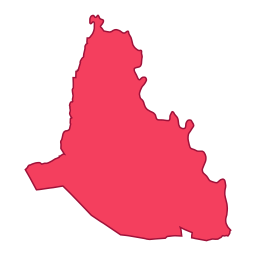 the district of Cu Chi, Hồ Chí Minh city, Vietnam
{"feature_id": "81297802B99873561685500", "entity_name": "Cu Chi", "entity_type": "district", "adm_level": 2, "iso_a3": "VNM", "parent_name": "Vietnam", "parent_adm1": "Hồ Chí Minh city", "projection": "equal_earth", "projection_center": [106.516, 11.037], "detail": "fine", "context": "isolated", "style": "filled", "palette": "rose", "viewbox_px": 256, "rotation_deg": 0, "n_neighbors": 0, "source": "geoboundaries", "source_scale": "gbopen_adm2", "svg_char_len": 5743}
<svg xmlns="http://www.w3.org/2000/svg" viewBox="0 0 256 256"><path d="M128.4,31.6L128.2,31.3L127.7,31.2L127.2,31.3L126.4,31.8L125.4,32.6L124.6,33.0L124.3,33.1L123.9,33.1L122.5,32.7L120.0,30.9L118.9,30.4L117.4,29.9L116.5,29.7L115.7,29.7L114.9,29.8L114.5,29.9L113.1,30.5L111.6,31.5L110.7,31.8L110.0,32.0L109.3,32.0L106.8,31.6L104.3,31.1L103.9,31.0L103.6,30.6L103.1,30.0L102.0,28.4L101.7,28.0L100.7,27.1L100.5,26.7L100.5,26.4L100.6,26.0L100.9,25.6L101.8,24.5L102.4,23.7L103.2,22.2L103.4,21.6L103.4,21.2L103.4,20.8L103.4,20.4L103.2,20.1L102.8,19.8L100.8,19.1L100.4,18.9L100.1,18.7L99.8,18.4L99.5,17.8L99.0,16.7L98.4,15.7L98.2,15.4L97.9,15.4L97.5,15.5L96.7,16.7L96.3,17.1L95.7,17.3L95.2,17.3L94.7,17.0L93.8,15.7L93.4,15.5L93.0,15.5L92.6,15.5L91.8,15.8L91.1,16.3L90.6,17.0L90.3,17.7L90.0,18.5L89.9,19.5L89.9,22.1L89.9,22.8L90.2,23.4L90.5,23.6L90.8,23.7L91.0,23.6L91.3,23.5L92.6,22.1L93.0,21.8L93.3,21.8L93.9,22.1L94.1,22.4L94.3,22.8L94.4,23.9L94.3,25.9L94.3,28.1L94.2,29.0L93.8,30.7L93.3,32.1L92.7,33.5L92.0,34.6L91.2,35.6L89.9,37.3L89.2,37.8L88.7,38.0L87.2,38.0L86.9,42.3L87.4,43.3L86.0,44.3L85.1,46.0L85.0,46.4L85.0,48.4L84.8,49.6L83.8,54.0L83.6,55.4L83.6,56.8L83.5,57.0L82.6,57.7L81.9,58.5L80.7,60.5L80.4,61.1L80.1,62.3L80.4,62.7L78.1,70.3L77.4,70.2L77.0,71.4L76.0,71.4L75.8,77.6L73.1,77.6L73.3,83.1L73.3,87.6L73.2,88.1L73.0,88.3L72.5,89.2L72.3,89.9L72.5,92.0L73.0,95.1L73.1,95.9L72.9,97.1L72.8,98.0L72.5,98.9L72.5,100.0L72.7,101.1L72.7,101.4L72.5,101.7L72.2,101.9L71.2,101.9L70.9,102.1L70.4,102.7L70.0,103.6L69.6,105.1L69.6,105.7L69.9,106.3L70.0,107.3L69.9,107.8L70.0,108.5L70.2,109.4L70.3,110.1L70.2,111.2L69.9,112.3L69.7,113.1L69.7,113.8L70.0,114.7L70.3,115.4L71.2,117.1L71.7,117.6L71.8,117.9L71.6,118.1L70.9,118.2L70.6,118.4L70.4,118.7L70.2,123.0L70.3,123.3L70.6,123.8L70.6,124.2L69.6,128.7L69.3,129.5L68.1,130.4L66.7,130.8L65.3,131.0L63.9,132.1L63.9,132.6L63.4,133.0L63.0,134.1L62.1,138.3L61.7,139.7L61.5,140.1L61.0,140.8L60.8,141.3L60.7,142.1L60.9,143.4L61.0,144.0L61.0,145.2L60.9,148.5L64.4,154.1L63.8,153.9L63.2,154.1L61.7,155.0L60.4,156.0L59.3,156.1L59.3,157.2L57.2,158.2L55.2,158.9L51.9,161.0L48.8,162.6L46.9,163.3L44.5,163.3L41.8,164.1L41.3,163.8L40.2,162.9L39.3,162.6L37.4,162.7L35.5,163.0L32.9,163.8L31.4,164.4L30.4,165.0L29.2,165.1L27.9,166.4L27.8,166.8L27.5,167.5L26.3,168.6L26.3,168.8L25.3,169.6L30.2,178.2L36.2,189.4L36.5,189.8L39.6,189.5L49.7,188.0L53.2,187.6L62.3,186.1L62.8,186.1L63.1,186.2L70.2,193.2L81.7,205.1L91.3,215.2L93.8,216.9L100.8,221.6L103.6,223.3L120.6,234.8L123.5,235.1L124.6,235.2L128.5,235.7L143.7,238.3L145.6,238.7L146.6,239.0L148.8,239.3L149.7,239.4L152.9,239.1L158.1,238.7L165.1,238.2L165.3,238.2L166.8,236.8L167.2,236.5L167.7,236.4L173.0,235.8L175.2,235.7L181.7,236.0L181.0,230.1L180.7,228.9L180.2,227.3L184.9,229.6L192.2,232.6L191.8,235.3L191.7,237.8L193.1,238.0L195.1,238.5L206.6,240.6L207.5,240.3L208.7,239.9L210.1,239.6L211.5,239.2L212.5,239.0L215.5,239.2L217.4,239.1L217.9,239.1L218.2,238.9L219.9,237.9L220.8,237.5L221.2,237.2L222.3,235.9L222.6,235.7L223.3,235.7L224.0,235.9L224.6,235.9L226.4,235.5L226.6,235.5L226.9,235.6L227.3,235.8L227.7,235.9L228.0,235.9L229.1,234.3L229.7,233.2L229.8,232.9L229.8,232.3L229.8,231.6L229.9,231.3L230.2,230.7L230.7,230.2L229.2,228.6L227.9,227.1L227.3,226.0L226.6,224.6L226.1,223.4L225.8,222.2L225.7,220.6L225.7,219.5L225.8,218.5L226.1,217.1L226.7,215.1L226.8,214.5L227.2,210.5L227.3,208.4L227.2,207.0L227.0,204.7L226.8,203.5L225.3,197.4L224.8,194.6L224.8,192.2L225.0,189.8L225.6,187.1L225.7,185.4L225.0,181.4L224.6,180.3L224.2,179.8L223.8,179.5L223.3,179.2L222.8,179.1L221.7,179.4L220.8,179.7L219.8,180.4L217.8,182.2L217.0,182.7L216.0,182.7L214.5,182.4L212.3,181.7L210.5,181.0L209.8,180.6L209.3,180.1L208.6,179.2L207.8,177.8L206.6,176.1L203.6,173.3L202.9,172.4L202.5,171.3L202.3,170.0L202.3,169.5L202.6,168.4L204.1,164.7L205.4,161.6L205.7,160.5L205.9,159.1L205.9,157.3L205.8,156.5L205.3,154.8L204.8,153.8L204.0,152.4L203.6,152.0L202.5,151.3L201.6,151.2L198.5,151.2L197.4,151.1L196.2,150.6L194.4,149.7L191.8,148.8L191.3,148.6L190.6,148.1L190.0,147.3L189.2,144.8L188.4,141.2L188.1,139.5L188.0,138.5L188.1,136.1L188.3,135.1L188.5,134.1L188.8,133.4L190.5,130.9L191.9,128.7L193.0,127.1L193.5,126.3L193.7,125.6L193.5,124.6L193.3,124.0L191.6,121.1L191.0,120.3L190.3,120.1L189.5,120.0L188.3,120.2L187.8,120.5L187.2,121.1L186.6,122.0L186.0,123.4L185.8,125.0L185.7,126.4L185.4,127.5L185.1,128.0L184.7,128.3L183.9,128.6L182.4,128.5L181.5,128.2L180.3,127.5L179.7,126.9L178.9,125.1L178.7,124.6L178.1,119.9L177.8,118.8L177.4,117.8L177.0,117.1L174.6,114.3L173.7,112.6L173.1,112.0L172.8,111.8L172.5,111.7L172.1,111.8L171.6,112.5L170.8,114.1L170.3,115.2L170.0,116.1L169.9,118.8L169.6,119.7L169.2,120.2L168.7,120.6L166.5,120.5L162.9,120.0L158.7,119.9L158.0,119.8L157.3,119.5L156.5,118.7L156.2,117.9L155.4,115.1L154.7,114.1L153.5,112.9L152.0,112.1L150.6,111.5L148.0,110.0L146.9,109.2L145.6,107.6L145.1,106.7L144.3,104.6L143.6,102.2L143.0,101.0L142.8,100.7L142.0,99.7L140.8,98.7L140.3,97.9L139.9,96.7L139.4,94.2L139.6,92.7L140.4,90.2L141.5,87.8L142.2,86.5L143.9,84.6L145.3,82.6L146.3,80.6L146.4,80.0L146.4,79.5L146.2,78.7L145.7,77.8L145.5,77.6L145.2,77.4L144.5,77.2L143.0,77.2L141.8,77.8L141.0,78.5L140.3,79.4L139.7,79.7L139.2,79.7L138.4,79.2L137.9,78.4L136.4,75.0L135.0,72.4L134.6,71.6L134.3,70.7L134.2,69.9L134.3,68.9L134.3,68.6L134.8,68.2L135.8,67.7L138.4,67.1L139.6,66.7L140.5,65.9L141.1,64.7L141.4,63.6L141.8,58.9L142.1,57.1L142.1,56.3L141.9,55.1L141.6,54.0L141.5,53.2L141.6,51.5L141.5,51.1L141.4,50.7L141.1,50.5L140.8,50.3L140.4,50.4L139.8,50.5L139.1,50.5L138.3,50.3L137.6,50.0L136.4,49.1L135.1,48.0L134.0,46.7L132.8,44.6L131.8,40.4L131.4,38.9L130.9,37.4L130.4,36.5L129.5,35.0L128.8,33.5L128.7,32.9L128.6,32.4L128.4,31.6Z" fill="#f43f5e" stroke="#9f1239" stroke-width="1.5"/></svg>